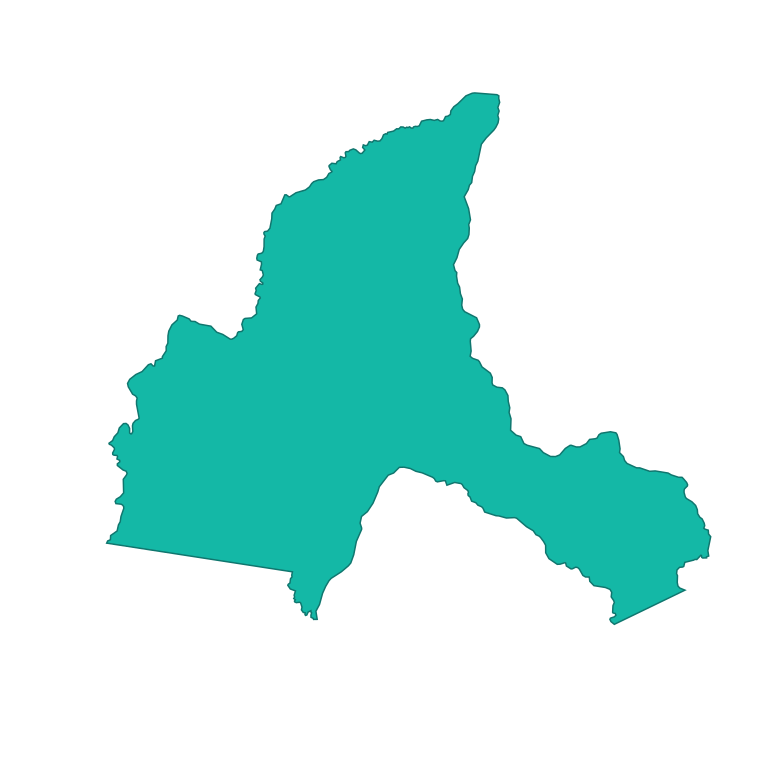 San Francisco, Antioquia, Colombia, rotated 171°
{"feature_id": "7082276B5434508812128", "entity_name": "San Francisco", "entity_type": "district", "adm_level": 2, "iso_a3": "COL", "parent_name": "Colombia", "parent_adm1": "Antioquia", "projection": "mercator", "projection_center": [-74.988, 5.874], "detail": "fine", "context": "isolated", "style": "filled", "palette": "teal", "viewbox_px": 768, "rotation_deg": 171, "n_neighbors": 0, "source": "geoboundaries", "source_scale": "gbopen_adm2", "svg_char_len": 6149}
<svg xmlns="http://www.w3.org/2000/svg" viewBox="0 0 768 768"><g transform="rotate(171 384 384)"><path d="M682.8,270.2L503.8,212.8L505.0,209.7L505.0,207.9L506.8,206.3L508.0,202.2L510.0,201.1L510.5,200.2L508.6,196.2L503.8,193.5L505.8,189.4L505.6,187.5L506.7,186.2L505.3,184.8L506.4,183.6L506.3,182.8L504.9,181.8L501.3,181.6L500.6,180.8L499.9,176.5L500.9,173.8L499.5,171.0L497.7,170.4L498.1,168.6L497.7,167.7L496.4,167.9L494.6,170.6L491.7,171.5L491.8,170.0L491.3,169.4L492.3,167.2L492.6,165.0L490.6,163.6L490.4,162.5L486.8,162.0L486.8,170.2L482.2,176.3L477.4,186.9L473.3,193.2L469.1,198.3L466.6,200.3L455.5,205.2L447.6,210.0L444.8,212.4L440.6,220.1L435.9,232.9L428.9,243.8L428.6,245.2L429.4,250.3L426.9,256.7L420.4,260.5L413.5,268.0L407.0,278.4L404.7,283.3L394.1,293.3L388.4,294.6L381.9,299.3L377.2,298.7L371.2,296.4L366.2,292.8L360.2,290.3L350.6,284.3L349.1,282.7L348.1,280.0L346.6,279.0L340.4,279.2L338.5,278.8L337.7,274.2L329.6,275.7L323.5,273.6L322.5,272.5L321.2,269.1L317.9,265.7L317.5,263.9L318.3,262.4L318.3,260.7L316.7,258.9L315.8,254.6L311.9,252.4L310.2,249.6L306.8,247.5L305.6,245.7L304.6,241.8L294.0,236.4L291.1,235.7L284.1,232.5L275.9,231.6L274.0,230.7L265.6,220.8L259.5,215.7L257.5,211.4L254.6,209.5L253.5,208.1L251.0,203.4L249.6,199.4L250.7,192.0L248.4,185.7L241.1,178.8L238.3,178.5L233.3,179.2L232.6,178.8L232.3,175.7L228.2,172.1L226.8,172.0L223.3,173.1L221.4,172.4L220.0,170.6L217.5,163.8L215.2,161.9L211.5,161.2L211.6,156.9L208.2,152.0L197.2,148.4L192.9,145.8L191.7,142.6L192.9,138.2L191.0,134.1L190.7,132.1L192.5,129.3L193.9,122.8L193.6,122.0L191.5,121.2L191.1,119.3L192.9,118.0L197.0,117.3L197.7,116.2L197.0,113.8L194.1,110.6L119.0,133.3L123.9,136.3L125.3,138.6L125.4,142.2L124.1,148.8L124.7,150.9L123.7,154.5L120.8,156.7L117.7,156.5L116.5,156.9L114.8,160.8L105.7,161.6L104.4,162.1L102.5,161.7L97.8,165.3L97.3,165.0L97.3,163.1L96.5,162.3L92.6,161.8L92.5,162.8L90.2,163.3L90.2,168.8L85.2,182.1L86.9,185.0L86.6,188.9L89.6,190.4L90.7,191.5L89.4,193.9L89.5,196.4L90.9,201.0L92.9,203.0L94.5,206.8L94.2,210.9L95.2,215.3L98.3,219.5L103.2,223.6L104.1,225.4L104.6,230.1L104.2,232.2L103.6,233.4L100.3,235.8L99.9,237.0L100.5,239.4L103.0,243.5L104.2,245.2L107.7,245.8L114.5,249.3L117.3,251.6L129.7,255.7L135.2,256.2L144.4,261.1L147.7,261.7L156.4,267.5L158.3,270.8L158.9,274.9L162.1,279.4L161.0,283.0L160.9,291.7L161.7,297.7L162.6,299.5L167.8,301.4L177.2,301.4L179.6,300.3L182.0,297.3L183.9,296.9L189.6,297.1L193.4,293.5L200.2,291.2L203.9,291.7L208.7,294.2L209.8,294.3L215.0,292.0L221.5,286.5L225.9,285.5L230.9,286.4L237.4,291.3L240.5,295.9L252.1,301.1L255.1,303.3L257.2,310.6L261.5,312.8L266.2,318.5L264.0,329.8L264.9,336.4L263.5,340.8L264.0,347.4L263.4,353.2L265.5,359.3L267.7,361.7L273.0,363.2L276.7,366.0L277.1,368.2L276.1,373.6L277.3,378.1L284.5,385.5L286.3,391.1L287.3,392.7L292.5,395.5L294.6,397.9L292.8,402.9L292.1,412.7L291.4,415.2L288.1,417.1L283.5,421.2L280.8,425.4L280.4,427.7L282.2,434.9L293.0,442.8L294.6,445.5L294.9,449.7L293.3,455.7L294.4,461.2L294.2,467.9L295.5,472.1L295.5,479.2L294.7,482.7L296.1,484.9L296.7,491.0L292.2,497.3L288.6,505.2L283.2,510.9L278.6,514.6L276.7,518.4L275.4,524.7L275.4,528.2L272.9,532.6L273.0,544.0L275.5,556.4L270.4,562.8L268.5,567.0L265.9,569.2L264.1,575.3L261.3,579.6L259.4,585.2L256.5,589.4L250.3,605.6L244.5,611.1L235.9,617.5L233.4,620.0L230.5,624.1L229.2,628.0L229.6,631.5L227.6,635.6L228.3,639.3L225.7,644.1L226.0,648.1L225.5,650.7L227.2,652.1L248.9,657.3L251.4,657.4L258.0,655.8L267.3,649.2L271.6,647.0L275.2,643.4L276.3,639.8L279.0,638.6L281.4,638.5L284.0,634.8L285.5,634.5L287.4,635.0L289.6,636.9L293.1,636.5L296.9,638.0L300.4,638.2L305.8,637.7L308.8,633.5L310.8,633.1L312.7,633.6L314.6,633.3L315.5,632.2L317.2,632.6L318.5,634.0L320.2,633.5L321.3,634.1L323.1,633.4L324.8,634.8L327.2,635.3L329.5,633.7L331.6,634.1L335.0,632.3L341.0,631.9L341.9,630.4L343.2,630.9L345.5,630.2L347.6,626.7L350.0,624.7L352.2,624.8L355.6,626.3L357.8,624.7L360.7,625.7L363.1,622.5L365.0,622.3L367.0,623.4L368.1,621.0L366.3,618.1L369.5,615.3L371.3,615.3L372.3,616.1L375.2,619.7L377.5,621.0L381.2,620.2L382.5,619.1L385.2,619.4L386.1,618.4L386.0,614.8L386.7,613.9L388.2,613.7L391.2,615.4L391.9,614.7L392.0,612.1L395.4,611.0L396.9,609.0L401.0,610.2L404.0,608.4L404.3,607.4L403.4,604.0L402.1,602.2L402.6,601.5L405.5,600.5L408.3,597.1L411.8,595.4L416.8,595.8L421.8,594.8L424.1,593.3L426.7,590.4L431.3,587.9L440.9,586.7L447.6,583.7L448.6,583.8L451.0,586.2L452.4,586.3L457.5,578.1L462.5,577.2L464.5,573.9L467.9,570.3L469.0,564.8L472.3,555.7L475.1,553.2L478.0,553.2L478.9,552.4L479.1,550.9L478.2,548.7L479.7,546.0L481.0,538.3L482.5,533.7L484.4,532.3L487.9,532.1L488.9,531.0L490.0,528.1L489.9,526.3L486.0,523.9L486.2,521.5L488.4,516.1L486.5,515.1L486.1,510.5L487.4,508.7L490.2,506.4L490.0,504.9L487.9,502.8L488.1,501.6L488.9,501.4L491.4,502.6L495.8,498.7L495.6,496.3L497.2,493.4L497.1,492.5L493.0,489.4L492.7,488.3L495.1,486.2L495.9,483.2L498.4,480.0L498.8,473.2L504.5,470.0L511.0,470.5L512.8,469.7L515.1,465.2L514.5,459.7L516.2,458.2L519.6,458.3L520.6,457.5L521.9,454.7L525.1,452.8L527.3,452.1L528.9,452.4L535.5,458.2L541.1,461.3L545.9,468.2L556.9,472.0L560.9,475.3L564.7,476.1L566.3,478.8L572.5,482.7L575.1,483.8L576.6,483.4L578.2,479.5L584.2,475.6L588.3,469.9L589.8,465.5L591.1,458.1L593.3,455.1L593.9,450.9L598.6,445.7L598.8,444.2L606.0,442.7L607.8,437.7L609.2,437.9L611.0,440.4L613.7,439.9L621.0,434.1L627.6,432.2L634.4,428.4L637.2,424.7L637.0,421.2L633.9,413.3L631.2,411.1L630.0,408.7L631.1,406.0L631.6,402.7L631.2,388.5L632.0,387.7L635.2,386.8L638.0,384.4L639.0,382.0L639.5,376.3L641.1,374.3L642.0,374.4L642.9,375.4L642.2,380.0L643.3,383.7L645.0,385.4L647.5,385.6L652.3,382.0L654.5,377.4L658.7,374.1L660.9,370.6L664.9,368.5L664.7,367.4L662.8,366.3L660.4,363.1L660.5,361.5L662.8,358.3L662.9,356.8L661.8,355.9L658.9,355.2L658.5,354.1L659.5,351.7L657.0,349.9L657.1,348.5L659.9,346.8L660.1,345.2L655.1,339.8L652.4,338.3L651.7,336.0L652.7,334.3L656.4,330.7L658.2,317.2L662.1,313.9L666.4,312.1L667.9,310.1L667.5,307.8L662.4,306.4L661.1,305.3L660.3,303.6L660.5,301.8L664.5,294.3L666.1,289.2L668.3,286.4L670.6,280.6L677.7,277.1L678.6,273.0L681.5,272.2L682.8,270.2Z" fill="#14b8a6" stroke="#0f766e" stroke-width="1.5"/></g></svg>